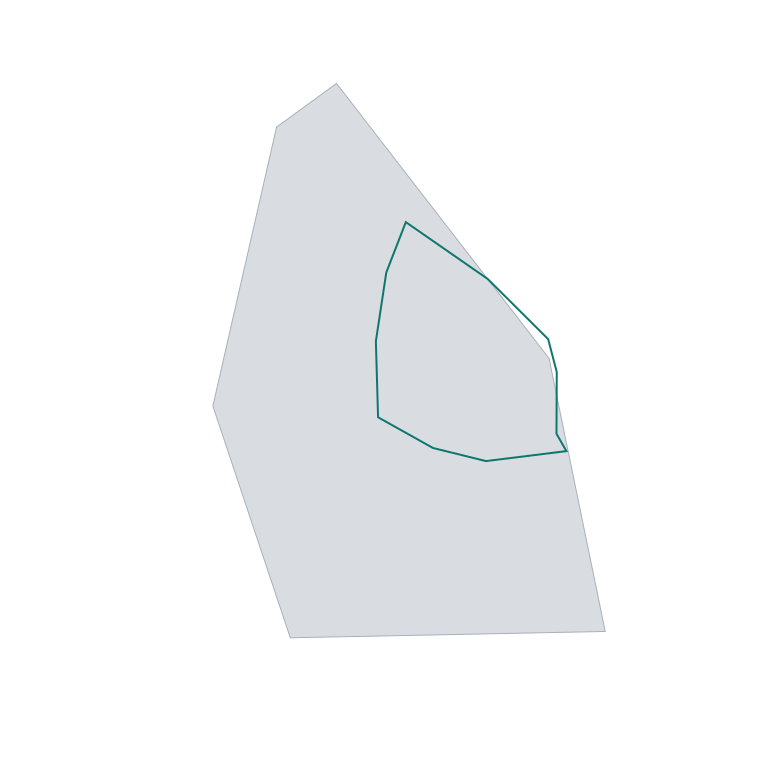 Saint Georges on a map of Montserrat (orthographic projection), rotated 343°
{"feature_id": "MSR-5088", "entity_name": "Saint Georges", "entity_type": "Parish", "adm_level": 1, "iso_a3": "MSR", "parent_name": "Montserrat", "parent_adm1": "", "projection": "orthographic", "projection_center": [-62.166, 16.749], "detail": "fine", "context": "in_parent", "style": "outline", "palette": "teal", "viewbox_px": 768, "rotation_deg": 343, "n_neighbors": 0, "source": "natural_earth", "source_scale": "10m", "svg_char_len": 455}
<svg xmlns="http://www.w3.org/2000/svg" viewBox="0 0 768 768"><g transform="rotate(343 384 384)"><path d="M549.3,407.7L523.2,685.3L220.2,599.3L213.9,355.0L356.4,106.9L426.4,82.7L549.3,407.7Z" fill="#d9dde1" stroke="#a8b0b8" stroke-width="1"/><path d="M452.2,235.6L513.9,313.9L554.1,389.1L552.7,423.1L534.4,482.0L538.8,501.5L458.9,487.5L412.1,459.5L368.6,414.1L388.7,340.8L418.8,278.0L452.2,235.6Z" fill="none" stroke="#0f766e" stroke-width="2"/></g></svg>